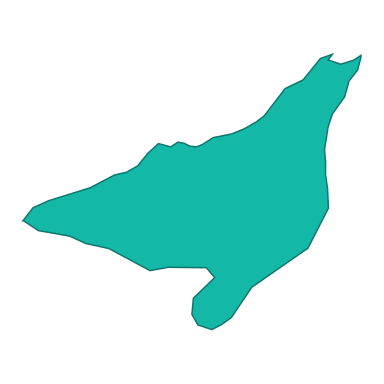 SVG path tracing the border of Grand Casablanca
{"feature_id": "MAR-1450", "entity_name": "Grand Casablanca", "entity_type": "Region", "adm_level": 1, "iso_a3": "MAR", "parent_name": "Morocco", "parent_adm1": "", "projection": "mercator", "projection_center": [-7.577, 33.547], "detail": "fine", "context": "isolated", "style": "filled", "palette": "teal", "viewbox_px": 384, "rotation_deg": 0, "n_neighbors": 0, "source": "natural_earth", "source_scale": "10m", "svg_char_len": 806}
<svg xmlns="http://www.w3.org/2000/svg" viewBox="0 0 384 384"><path d="M23.0,220.7L33.1,207.7L48.6,200.7L90.0,187.8L114.7,174.9L126.3,172.3L137.7,165.9L148.0,153.1L158.5,143.6L170.7,146.9L177.9,142.2L183.9,143.2L189.7,146.1L196.5,146.9L202.4,144.5L213.2,137.6L231.4,134.0L244.3,128.8L256.0,122.1L264.2,115.9L285.1,88.6L303.1,79.9L320.4,58.5L332.3,54.4L328.1,59.9L340.6,64.2L353.7,60.2L360.9,55.4L361.0,57.1L357.6,70.0L349.0,81.0L344.6,96.9L332.4,113.9L328.0,127.4L324.5,149.8L325.6,161.9L325.5,174.3L327.6,189.1L328.4,208.2L308.0,248.1L251.7,287.3L231.3,317.6L221.4,324.6L211.9,329.6L198.0,325.0L191.9,314.4L193.4,298.2L214.7,277.6L206.4,267.7L168.2,267.3L150.0,270.6L108.8,248.5L85.8,243.5L69.5,236.1L38.4,230.6L24.0,221.1L23.1,220.7L23.0,220.7Z" fill="#14b8a6" stroke="#0f766e" stroke-width="1.5"/></svg>